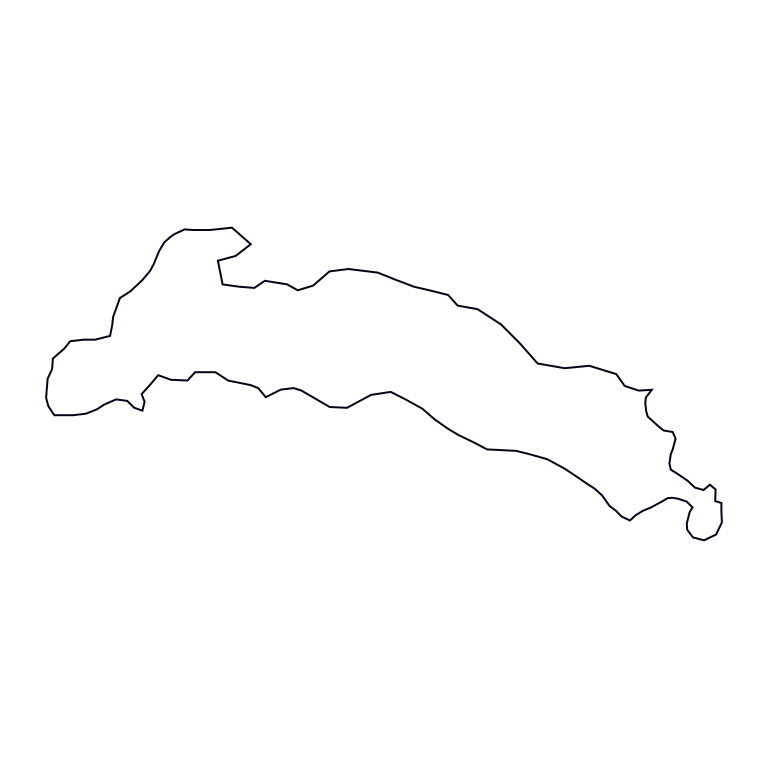 Agia Napa, Famagusta, Cyprus
{"feature_id": "46923920B61002962813660", "entity_name": "Agia Napa", "entity_type": "district", "adm_level": 2, "iso_a3": "CYP", "parent_name": "Cyprus", "parent_adm1": "Famagusta", "projection": "albers", "projection_center": [34.016, 34.985], "detail": "fine", "context": "isolated", "style": "outline", "palette": "ink", "viewbox_px": 768, "rotation_deg": 0, "n_neighbors": 0, "source": "geoboundaries", "source_scale": "gbopen_adm2", "svg_char_len": 1794}
<svg xmlns="http://www.w3.org/2000/svg" viewBox="0 0 768 768"><path d="M193.2,230.0L184.6,229.4L174.8,233.9L170.3,237.0L164.3,242.3L159.0,251.3L153.7,264.2L150.0,271.0L142.4,280.0L130.4,291.3L119.9,298.1L113.1,317.0L112.3,324.6L110.1,335.9L95.0,339.7L83.7,339.7L70.2,341.2L64.2,348.7L52.9,358.5L52.1,369.1L47.6,378.9L46.1,397.8L48.3,406.1L54.3,415.2L73.2,415.2L85.9,413.7L97.2,409.2L104.0,404.7L116.0,399.4L127.3,400.9L134.1,407.7L142.4,410.7L144.6,401.7L141.6,394.1L149.2,385.8L158.2,375.2L171.0,379.8L187.5,380.5L195.1,372.2L215.4,372.2L228.2,380.6L250.7,385.1L258.2,388.1L265.8,397.2L280.8,389.6L293.6,388.1L301.1,390.4L329.7,407.0L347.0,407.8L371.1,394.9L390.7,391.9L405.7,399.5L422.2,408.6L434.3,419.1L447.1,428.2L458.4,435.0L474.2,442.6L487.0,449.4L501.3,450.1L516.3,450.9L528.3,453.9L547.2,459.2L565.2,469.0L578.8,478.1L586.3,483.3L594.6,488.6L602.1,495.4L609.6,506.0L616.0,510.8L617.9,512.8L621.7,516.6L629.9,520.5L635.7,515.2L642.9,510.8L651.1,507.4L662.7,501.1L667.5,498.2L672.3,497.8L678.1,498.7L686.7,501.6L692.5,507.4L689.6,512.3L686.8,523.4L687.2,529.7L693.0,537.4L704.1,540.3L716.1,534.5L721.9,522.4L721.4,511.7L721.4,503.0L715.2,501.1L715.6,489.5L709.9,484.7L703.6,490.0L694.9,487.6L687.7,480.8L677.1,473.6L670.8,469.7L669.4,463.4L670.8,454.2L672.7,449.4L675.6,438.7L672.7,432.0L663.6,430.5L658.3,426.2L647.7,416.5L646.2,411.2L645.3,403.4L645.8,397.6L651.8,389.8L638.7,390.6L624.6,385.9L616.3,374.1L589.3,365.8L564.6,368.2L537.6,363.5L519.9,343.4L501.1,324.5L477.6,309.2L457.6,305.6L448.2,295.0L429.4,290.3L414.2,286.8L395.4,279.7L377.7,272.6L348.3,269.0L329.5,271.4L313.1,285.6L297.8,290.3L287.2,284.4L264.9,280.8L254.3,287.9L239.0,286.7L222.6,284.4L217.9,260.7L235.5,256.0L250.8,244.2L232.0,227.7L209.7,230.0L193.2,230.0Z" fill="none" stroke="#020617" stroke-width="2"/></svg>